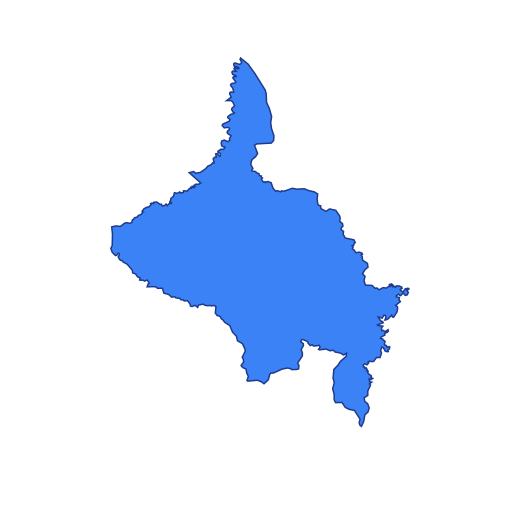 Cértegui, Chocó, Colombia (Natural Earth projection), rotated 73°
{"feature_id": "7082276B47980594061529", "entity_name": "Cértegui", "entity_type": "district", "adm_level": 2, "iso_a3": "COL", "parent_name": "Colombia", "parent_adm1": "Chocó", "projection": "natural_earth1", "projection_center": [-76.545, 5.385], "detail": "fine", "context": "isolated", "style": "filled", "palette": "blue", "viewbox_px": 512, "rotation_deg": 73, "n_neighbors": 0, "source": "geoboundaries", "source_scale": "gbopen_adm2", "svg_char_len": 6132}
<svg xmlns="http://www.w3.org/2000/svg" viewBox="0 0 512 512"><g transform="rotate(73 256 256)"><path d="M186.0,385.5L193.0,386.8L204.1,390.5L206.3,392.6L210.4,392.4L214.5,390.3L214.6,389.0L213.0,387.0L213.5,386.2L215.0,386.3L216.5,388.0L219.5,387.5L220.9,386.5L221.0,385.3L222.8,384.9L226.2,381.6L233.5,378.4L236.1,378.9L237.9,376.4L241.4,375.3L243.0,373.3L245.0,374.3L246.2,371.0L247.5,369.8L247.1,367.2L250.7,365.9L251.2,367.4L253.7,369.1L255.1,363.7L256.3,360.7L258.1,359.6L259.5,354.9L264.6,355.0L267.2,350.8L270.7,348.7L271.3,345.5L272.7,344.8L274.2,341.3L276.0,340.5L276.8,338.1L277.9,337.9L278.7,334.6L282.3,333.2L284.7,333.3L285.6,332.0L285.3,328.8L288.1,326.8L286.1,325.4L286.6,320.6L288.3,319.1L289.4,316.7L290.0,314.0L290.8,313.1L290.9,310.7L292.8,309.1L298.6,311.6L301.7,310.5L302.2,309.1L303.8,307.9L306.0,307.5L307.2,306.4L310.3,305.3L314.9,301.4L322.0,300.7L326.9,298.2L331.6,298.5L335.8,294.6L341.8,293.8L343.8,294.0L348.8,298.8L351.4,298.3L353.8,298.9L356.4,302.3L358.8,301.3L361.3,298.5L364.5,299.1L369.0,298.6L372.3,301.0L373.3,300.4L375.2,291.0L377.8,287.7L380.5,285.7L378.0,280.4L373.4,277.6L372.3,276.1L373.0,273.6L371.8,264.1L372.3,258.7L373.6,256.2L375.1,255.0L376.4,250.3L376.4,248.3L373.2,246.9L370.6,247.5L365.2,241.0L362.6,240.0L358.6,240.1L355.5,236.8L353.6,236.4L351.0,238.3L349.3,236.8L349.6,235.6L352.9,231.6L354.5,231.7L357.5,230.3L357.3,228.2L359.0,227.2L360.0,221.6L361.8,221.3L363.5,223.5L364.3,222.8L365.4,216.3L368.2,213.0L368.8,209.5L370.9,208.5L373.4,203.8L376.3,201.1L375.4,197.9L378.3,199.0L381.4,206.0L384.5,209.7L387.2,214.7L395.3,218.0L400.0,218.2L405.3,221.5L411.1,221.7L416.3,223.3L419.5,222.8L421.2,216.6L426.8,214.9L429.7,212.0L432.5,207.0L442.4,204.2L445.6,206.1L448.2,206.1L449.8,205.0L445.6,201.3L439.8,198.4L437.9,194.5L434.4,192.2L429.9,192.4L426.8,194.5L423.3,194.1L421.9,189.8L417.8,188.6L412.9,184.2L411.5,185.0L410.5,182.2L409.4,184.1L406.7,183.8L407.9,182.4L407.2,180.2L405.8,181.8L405.0,180.9L404.0,180.9L401.7,182.8L399.8,183.2L399.0,182.4L398.1,183.8L397.3,182.9L395.6,183.2L395.1,183.5L395.4,184.6L393.8,184.7L393.5,185.6L391.7,185.4L390.9,183.5L392.5,181.7L391.1,179.4L390.2,180.0L389.7,178.2L391.0,175.8L391.1,174.1L388.3,170.4L389.4,167.1L385.6,164.4L382.6,164.4L379.9,162.3L381.0,161.0L384.8,160.2L386.0,158.3L386.0,157.4L384.7,157.4L383.8,155.6L382.2,154.7L381.6,155.1L381.4,157.4L379.7,157.5L378.9,158.9L377.6,158.9L375.3,157.5L373.5,159.0L372.3,159.1L371.2,161.0L370.1,160.0L369.3,155.9L367.5,155.6L367.4,152.9L366.5,151.4L365.1,151.3L366.0,154.7L364.2,156.3L364.0,157.6L361.4,157.0L360.2,155.2L358.4,159.2L357.4,160.0L357.0,153.9L355.7,154.1L354.6,155.7L350.0,157.0L352.3,153.5L350.1,151.1L350.6,149.7L352.7,149.6L354.9,151.5L355.1,150.7L354.7,147.9L352.2,143.5L354.3,143.3L354.7,142.2L350.7,137.5L347.3,135.8L345.7,135.6L344.1,137.0L341.8,131.3L339.6,132.0L337.6,131.0L336.0,133.8L335.2,133.7L334.1,130.8L335.8,130.0L336.2,129.1L334.6,126.6L334.8,125.9L337.3,124.8L337.4,122.8L335.5,121.0L332.8,121.8L332.5,119.6L331.8,119.4L331.2,120.4L331.1,123.0L333.2,125.6L332.8,126.5L330.9,127.9L330.0,127.7L329.7,125.8L328.4,125.7L326.6,127.7L325.6,130.5L326.7,131.5L325.1,132.9L326.0,134.4L324.7,133.6L324.0,135.7L323.4,133.8L322.3,134.6L322.3,136.8L324.3,136.9L323.9,138.0L324.8,140.8L323.4,143.6L324.3,148.2L321.9,149.8L321.7,151.6L318.1,153.6L315.8,159.9L311.2,159.9L307.3,157.7L304.1,159.3L300.7,155.4L299.5,152.2L295.6,151.6L291.1,155.3L287.5,154.6L285.9,155.2L285.4,153.6L284.2,153.9L282.6,155.9L282.0,159.6L279.0,160.4L277.3,161.7L275.8,160.5L274.3,161.1L274.4,159.5L272.9,158.7L272.1,157.1L269.2,157.6L264.9,165.4L260.6,166.3L258.1,165.1L255.7,166.9L253.8,166.0L253.0,164.2L250.4,163.8L247.2,165.8L244.6,164.5L242.1,164.3L235.6,166.4L232.5,171.9L233.8,176.0L229.6,180.1L226.9,179.5L226.0,181.1L224.4,181.8L219.2,180.8L214.7,178.9L211.7,181.5L209.0,186.3L205.8,190.2L204.0,197.5L201.9,201.3L202.2,208.9L201.9,211.6L201.1,212.5L201.8,213.8L199.7,216.5L199.8,218.3L196.1,219.9L190.3,220.1L188.1,223.1L188.6,225.2L187.6,225.6L187.6,227.3L184.2,228.4L183.3,227.0L181.8,228.0L181.1,227.5L180.1,229.2L178.1,229.1L176.6,231.2L175.2,231.6L173.5,235.0L172.5,234.9L171.4,233.4L166.8,234.2L163.7,232.5L162.5,231.2L160.9,227.3L158.4,224.5L149.7,225.1L149.0,222.6L152.5,208.3L150.7,205.4L146.3,203.7L138.5,203.9L132.6,202.9L127.2,200.3L118.8,200.1L112.3,201.0L103.7,198.8L99.9,198.7L81.3,203.7L70.1,207.5L62.2,212.9L63.4,213.8L66.2,213.1L67.7,214.0L67.9,215.8L65.2,219.7L65.8,221.2L67.8,221.4L70.3,218.0L71.5,217.5L71.8,218.5L69.6,221.4L70.4,222.3L73.5,221.0L72.3,223.9L73.1,225.3L75.5,225.2L77.8,222.5L78.7,222.7L77.9,225.0L78.9,226.1L83.7,224.4L84.5,225.8L83.9,228.4L84.5,230.0L85.5,230.4L88.5,229.2L92.5,229.3L92.8,230.0L91.8,232.0L92.1,233.3L93.5,233.8L96.8,233.2L98.8,238.7L99.9,234.9L101.4,233.3L106.0,232.5L107.7,235.8L108.7,236.5L111.5,236.0L112.8,234.8L113.4,236.3L113.1,238.6L114.5,242.2L115.5,242.6L117.7,241.0L119.3,242.1L120.2,249.2L121.3,250.2L124.2,248.9L124.7,245.4L126.1,244.0L127.5,244.6L128.0,246.5L129.1,247.4L130.4,247.4L133.7,244.7L136.0,247.1L137.7,247.2L138.4,249.4L135.8,252.5L136.0,255.2L138.0,256.3L140.6,256.6L142.0,255.5L142.4,254.1L143.2,254.0L144.6,255.8L143.6,258.2L144.7,261.8L145.8,261.9L147.5,260.0L150.1,261.1L149.1,262.4L146.8,262.8L146.5,264.6L150.1,265.2L149.5,266.8L150.5,268.5L154.8,268.8L154.3,270.4L155.6,272.2L156.0,275.8L157.9,278.8L159.8,284.8L159.2,289.6L157.0,290.9L156.8,295.5L170.0,287.5L170.6,289.8L169.7,292.9L170.5,294.7L171.3,294.1L170.9,296.3L172.4,295.4L171.3,298.3L172.3,298.2L172.0,299.9L173.8,302.8L172.4,306.2L174.0,306.8L173.6,309.8L172.4,310.2L173.1,312.9L171.6,315.5L174.6,317.3L176.2,320.7L177.8,321.2L178.8,322.6L180.1,322.5L180.2,321.2L181.0,321.5L180.3,323.3L181.9,326.1L180.0,326.8L181.0,328.6L180.8,331.0L178.7,331.4L178.6,332.6L175.4,335.1L174.8,338.1L176.0,338.7L174.9,340.0L175.1,341.5L176.3,341.4L177.8,344.4L177.4,345.9L178.1,349.4L179.8,351.7L180.8,351.1L180.7,351.9L182.0,352.3L182.8,354.4L182.8,356.7L183.9,357.8L184.0,361.2L185.2,362.5L185.2,363.5L187.7,365.1L187.8,367.2L186.3,370.0L186.2,372.1L188.1,377.0L186.2,381.3L186.0,385.5Z" fill="#3b82f6" stroke="#1e3a8a" stroke-width="1.5"/></g></svg>